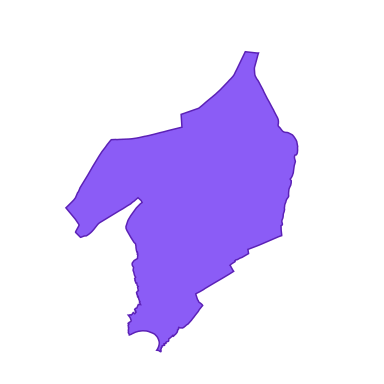 Bang Bua Thong, Nonthaburi, Thailand, rotated 46°
{"feature_id": "78962969B62915491742663", "entity_name": "Bang Bua Thong", "entity_type": "district", "adm_level": 2, "iso_a3": "THA", "parent_name": "Thailand", "parent_adm1": "Nonthaburi", "projection": "equal_earth", "projection_center": [100.421, 13.932], "detail": "fine", "context": "isolated", "style": "filled", "palette": "violet", "viewbox_px": 384, "rotation_deg": 46, "n_neighbors": 0, "source": "geoboundaries", "source_scale": "gbopen_adm2", "svg_char_len": 5929}
<svg xmlns="http://www.w3.org/2000/svg" viewBox="0 0 384 384"><g transform="rotate(46 192 192)"><path d="M283.9,281.7L283.6,280.1L283.2,276.9L283.0,276.0L282.3,270.8L282.1,269.9L281.8,268.9L281.6,268.0L281.5,266.9L281.2,264.8L281.1,263.6L281.1,263.2L280.4,263.0L279.3,263.0L277.6,263.2L276.3,263.5L275.5,263.4L274.3,262.9L273.3,262.8L272.9,262.6L268.6,260.5L267.9,260.1L268.2,258.7L269.1,255.8L270.1,251.8L270.3,250.9L270.3,250.3L272.9,239.2L275.2,229.8L276.9,222.4L277.5,219.6L278.0,217.1L276.1,216.8L271.7,215.6L271.1,215.6L271.1,214.0L272.0,209.4L271.9,209.2L271.2,209.0L271.4,207.2L271.8,206.9L272.0,206.7L272.5,205.0L272.8,203.7L273.8,201.4L275.6,194.1L272.5,191.9L272.1,191.7L275.9,182.8L276.8,180.6L278.3,176.7L282.6,165.3L284.1,161.3L284.9,159.4L285.7,157.8L285.2,157.3L281.3,154.3L278.0,151.3L278.0,151.1L278.3,150.3L278.4,150.0L278.3,149.8L278.2,149.6L277.9,149.3L277.4,148.9L275.9,148.1L275.1,147.3L274.7,146.7L274.1,145.3L273.7,144.5L272.7,143.2L271.6,142.0L271.1,141.3L270.8,140.8L270.2,139.5L269.4,138.3L268.8,137.5L267.6,136.6L267.1,135.9L266.0,134.6L265.7,134.3L265.1,133.1L264.4,131.5L263.8,130.6L263.2,129.4L263.0,128.8L262.5,126.1L262.3,125.7L262.1,125.3L260.8,124.2L259.8,123.2L258.5,121.7L257.5,120.5L257.0,119.6L256.5,118.5L255.9,116.9L255.7,116.3L255.3,115.7L254.4,114.4L252.9,112.8L252.6,112.7L251.3,112.6L250.9,112.4L250.7,111.9L250.8,111.1L250.7,110.7L250.2,109.1L249.9,108.3L249.2,107.1L248.9,106.4L248.4,105.6L247.4,104.4L244.1,100.2L242.0,96.6L241.5,96.2L238.9,94.8L238.1,94.1L237.7,93.7L237.3,93.0L237.0,92.4L237.1,92.1L237.7,91.3L237.7,90.9L237.4,89.8L236.9,88.9L235.2,86.9L233.4,85.3L232.7,84.4L229.8,82.5L228.5,81.6L226.8,81.0L224.0,80.4L222.5,80.2L220.7,80.1L219.1,80.6L216.3,81.6L215.4,82.1L213.6,83.7L212.6,84.2L211.6,84.5L211.0,84.6L210.1,84.5L208.2,84.3L206.9,84.1L206.1,84.2L204.4,84.1L204.1,83.9L203.2,83.1L202.9,82.6L202.6,82.1L202.1,81.7L201.8,81.3L200.9,80.5L199.6,79.6L198.2,79.0L197.3,78.7L196.1,78.4L191.0,76.9L189.9,76.5L189.4,76.3L188.0,76.0L180.0,73.7L177.2,73.0L170.0,70.8L167.9,70.0L161.9,68.3L160.3,67.8L157.7,67.1L155.9,66.9L154.4,66.5L152.4,65.9L151.4,65.4L150.2,64.5L147.0,61.8L146.3,61.1L145.8,60.5L143.8,57.1L140.7,51.9L139.4,49.8L138.2,47.6L137.6,48.3L136.7,49.1L129.6,55.0L128.1,56.2L131.5,65.4L134.6,73.8L135.1,75.2L135.8,77.3L136.8,79.9L137.0,80.7L137.3,82.4L137.5,85.3L137.5,87.2L137.7,89.8L138.1,101.2L138.0,105.4L138.0,107.0L137.0,119.8L136.8,124.5L136.4,129.0L128.6,145.9L138.4,154.2L131.6,165.9L128.9,170.8L127.4,173.3L124.2,179.0L121.3,184.0L119.8,186.4L119.0,187.5L116.0,192.5L114.6,194.6L111.7,198.6L109.7,201.0L105.0,206.3L102.7,208.9L102.3,209.5L101.3,210.3L98.3,213.7L98.4,215.3L99.0,220.1L99.6,223.1L100.4,228.7L101.6,233.9L104.7,245.7L107.5,255.4L111.2,269.7L111.4,270.1L111.7,270.7L112.9,273.5L113.0,274.7L114.2,277.5L115.2,279.9L115.3,280.6L115.6,282.5L115.7,285.0L115.8,291.3L115.8,293.7L130.4,294.8L136.7,295.9L137.3,296.2L137.7,297.0L138.0,297.8L139.4,302.3L139.8,303.4L140.0,303.7L140.3,303.8L147.1,303.7L147.3,303.5L147.4,303.3L148.8,300.1L150.1,298.5L150.2,298.3L150.7,295.6L150.9,293.2L150.9,291.4L150.7,288.6L149.9,282.9L149.8,281.5L149.9,280.0L155.0,257.3L156.0,253.4L157.1,247.8L157.9,244.5L158.0,241.6L158.3,240.5L158.6,234.8L160.1,234.7L162.8,234.5L164.9,235.2L164.6,237.5L164.8,243.2L166.5,252.6L167.6,256.7L168.1,258.1L170.6,262.8L170.9,263.4L172.2,264.6L172.8,264.9L174.7,265.6L182.5,267.6L188.0,268.7L190.0,268.6L192.1,270.0L193.2,271.0L195.6,272.7L197.3,273.5L197.4,273.1L198.9,274.1L198.8,274.6L199.8,274.9L201.3,276.7L202.0,277.4L201.1,281.2L201.5,284.0L201.8,284.6L202.2,285.1L203.1,285.8L204.1,286.1L205.3,286.3L205.7,286.5L207.2,288.6L207.8,289.0L209.1,289.5L211.4,290.9L212.2,291.3L212.8,291.5L214.1,291.7L214.2,291.8L214.4,293.4L216.0,294.1L215.9,294.4L217.4,295.1L218.7,295.6L219.0,295.0L221.3,296.4L222.6,296.3L222.7,297.3L225.7,299.1L225.6,299.3L225.5,300.6L225.7,301.0L225.8,301.8L227.2,302.6L227.3,302.4L229.6,303.9L229.8,303.3L231.7,304.5L234.1,305.5L234.8,305.7L234.7,306.3L237.3,307.2L235.6,308.7L237.1,312.3L236.5,313.4L236.5,313.7L236.6,314.7L236.8,315.0L238.1,315.0L238.2,315.6L239.5,315.6L239.8,317.7L237.9,318.0L238.3,320.1L238.2,321.3L237.5,321.6L237.3,321.8L237.0,322.6L236.3,323.4L239.1,323.7L240.3,324.1L241.2,324.6L241.9,324.8L242.1,324.9L242.5,325.6L242.6,326.0L242.1,328.0L242.5,328.3L242.1,329.2L242.6,329.4L243.3,329.5L243.4,330.3L243.5,330.5L243.8,330.7L244.3,330.9L244.7,331.4L245.0,331.7L245.7,331.8L246.0,332.4L246.7,333.0L247.0,333.7L248.0,334.4L248.7,335.3L249.1,335.6L250.0,335.8L250.9,336.1L251.3,336.4L251.9,335.1L252.1,334.6L252.2,334.0L253.5,330.2L254.0,329.2L255.0,327.3L256.6,325.1L257.7,323.7L258.5,323.0L260.2,321.4L261.3,320.7L262.3,320.1L263.9,319.4L266.0,318.4L267.7,317.8L268.3,317.6L269.3,317.6L271.0,317.6L272.1,317.7L273.3,318.0L275.1,318.7L276.9,319.6L278.0,320.5L279.1,321.9L280.0,323.4L280.6,324.8L281.1,326.3L281.3,327.3L281.8,326.9L282.8,326.1L284.7,325.7L285.1,325.5L285.2,325.3L285.2,325.2L284.9,324.7L284.5,324.4L283.9,324.2L283.7,324.1L283.4,323.0L283.1,322.7L282.7,322.4L282.6,322.2L282.7,321.4L282.7,321.1L282.1,320.7L281.9,320.4L281.9,320.2L282.1,319.9L283.0,318.6L283.1,318.3L283.1,318.2L282.0,317.9L281.8,317.8L281.7,317.7L281.8,317.3L282.3,317.0L282.5,316.7L282.7,316.1L282.8,315.9L282.7,315.7L282.2,315.6L282.1,315.4L282.0,315.0L282.2,314.4L282.2,314.0L282.6,313.5L282.9,312.9L283.0,312.6L282.9,312.3L282.8,312.1L281.7,310.9L281.5,310.6L281.8,309.3L281.8,308.4L282.0,306.8L282.0,306.5L281.7,305.9L281.7,305.5L281.8,305.3L282.0,305.2L282.2,305.3L282.7,305.7L282.8,305.7L282.9,305.4L282.8,304.8L282.8,304.3L282.9,302.5L282.6,300.2L282.1,299.4L281.9,298.7L281.3,298.4L281.2,298.3L281.3,297.2L281.2,296.6L280.5,296.3L280.3,295.5L280.7,295.5L281.0,295.1L281.9,294.6L282.3,294.1L283.2,293.3L283.3,293.1L283.4,292.6L283.7,292.0L283.6,291.2L283.8,290.1L283.8,288.3L284.2,286.7L284.2,286.3L283.9,282.2L283.9,281.7Z" fill="#8b5cf6" stroke="#5b21b6" stroke-width="1.5"/></g></svg>